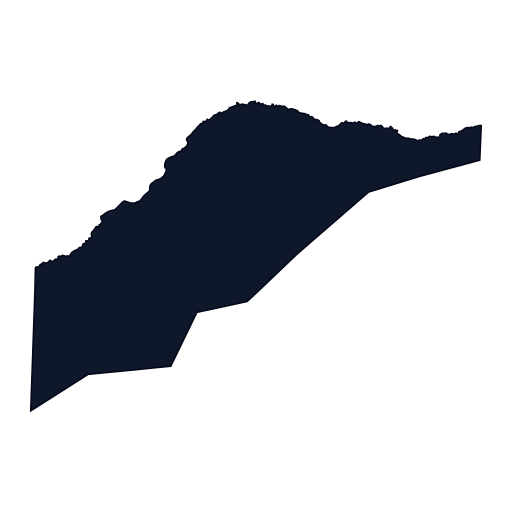 outline of El Cuy, Río Negro, Argentina
{"feature_id": "61730980B90515114322880", "entity_name": "El Cuy", "entity_type": "district", "adm_level": 2, "iso_a3": "ARG", "parent_name": "Argentina", "parent_adm1": "Río Negro", "projection": "albers", "projection_center": [-68.134, -39.816], "detail": "fine", "context": "isolated", "style": "filled", "palette": "ink", "viewbox_px": 512, "rotation_deg": 0, "n_neighbors": 0, "source": "geoboundaries", "source_scale": "gbopen_adm2", "svg_char_len": 6023}
<svg xmlns="http://www.w3.org/2000/svg" viewBox="0 0 512 512"><path d="M35.4,267.9L34.9,290.0L30.7,410.9L88.1,374.4L141.4,369.2L170.8,366.2L196.9,312.4L247.2,301.5L261.7,287.9L297.2,254.0L368.6,192.1L419.4,176.5L479.8,160.2L481.3,125.7L480.4,125.3L479.1,125.5L476.9,126.3L476.2,126.2L475.2,126.4L473.5,127.3L472.5,127.5L472.2,127.5L471.6,127.2L471.1,127.1L470.9,127.2L470.9,127.7L470.3,127.9L467.8,127.4L465.2,128.1L461.9,130.7L461.4,131.0L459.7,131.4L459.0,131.7L458.6,132.5L458.4,133.9L457.8,134.3L457.2,134.2L456.3,133.2L455.9,133.1L453.5,134.3L453.2,134.2L452.2,133.6L450.6,133.9L449.5,134.5L449.1,134.5L448.4,134.4L445.8,133.0L444.5,133.4L442.6,133.2L441.5,133.6L440.8,134.2L439.9,134.8L439.8,135.4L439.9,135.7L440.0,136.5L439.8,137.0L439.5,137.2L438.8,137.3L438.1,137.1L436.3,137.2L435.0,136.9L434.3,136.4L433.9,136.3L432.0,136.7L431.3,137.1L430.7,136.4L429.8,136.3L429.2,136.5L428.6,137.1L428.1,137.5L426.8,137.4L426.0,137.5L425.5,137.8L424.6,139.1L424.3,139.3L424.0,139.3L423.6,138.7L423.3,138.7L422.8,139.0L422.1,139.9L421.4,140.2L420.1,139.9L417.5,140.7L416.8,140.7L416.2,140.0L414.7,139.3L412.6,139.0L412.2,139.1L410.7,138.8L410.1,138.9L408.7,138.2L405.3,138.1L404.5,137.8L403.5,137.1L401.6,136.7L400.5,135.4L399.8,135.1L396.9,132.8L396.7,132.4L397.6,130.8L397.3,130.4L396.0,130.3L395.1,129.8L393.5,130.5L393.2,130.1L392.7,128.3L391.7,127.5L391.0,126.7L390.5,126.5L390.0,126.7L389.5,128.0L388.9,128.6L388.1,128.3L386.7,128.1L384.4,128.5L382.9,127.7L382.7,127.6L382.7,127.1L382.5,126.6L381.5,126.3L381.3,125.6L381.1,125.4L380.4,125.4L379.3,126.1L377.5,125.4L377.1,125.8L375.6,126.3L374.0,126.7L372.4,126.2L371.6,125.7L370.6,124.6L369.0,124.2L368.5,123.9L367.9,124.2L367.8,125.2L367.3,125.5L367.0,125.4L366.2,124.3L365.2,124.1L364.0,123.6L363.1,123.8L362.8,123.7L361.6,122.8L360.9,122.7L359.7,121.8L359.2,121.7L358.5,121.7L357.7,122.5L356.2,123.2L355.8,123.1L355.5,122.7L354.7,122.1L353.3,122.9L352.6,123.1L351.4,122.6L350.8,122.5L349.0,122.9L347.9,122.3L347.0,122.1L346.7,122.0L346.3,121.1L345.9,121.1L345.5,121.2L344.4,122.7L343.6,123.0L341.5,122.8L339.7,124.7L338.1,126.1L336.4,126.3L335.0,127.4L333.8,127.5L332.7,127.8L331.1,127.3L328.9,127.4L327.5,126.5L326.1,124.9L324.8,125.0L323.2,124.8L320.5,123.1L319.6,122.0L319.2,120.8L317.2,119.6L316.5,119.5L315.8,119.8L315.3,119.9L314.7,119.1L313.7,118.9L313.1,117.6L312.4,117.5L312.1,116.8L311.8,116.5L311.3,116.5L310.3,116.9L309.8,116.8L308.9,116.0L308.7,115.0L308.5,114.8L306.1,114.4L305.2,113.7L300.0,112.9L298.2,111.9L297.4,110.5L296.8,110.4L296.2,110.6L295.4,109.8L292.8,109.0L291.1,108.7L289.1,109.3L288.1,109.2L286.1,107.7L284.8,106.3L281.9,106.2L280.2,105.9L279.4,105.6L279.3,106.0L278.7,105.8L277.7,106.4L277.2,106.2L276.8,105.4L276.2,105.2L275.7,105.6L275.2,106.8L274.4,107.0L274.1,106.9L274.0,106.5L273.8,106.1L273.9,105.8L273.5,105.1L272.9,104.2L272.6,104.2L272.2,104.3L272.5,104.7L272.3,105.3L271.5,105.6L271.2,106.1L270.0,106.3L269.4,106.0L268.3,106.1L266.5,105.6L265.7,105.1L264.7,105.0L263.4,105.1L262.9,104.8L263.1,103.9L262.8,103.6L261.4,104.1L260.9,104.1L259.9,103.6L259.4,102.8L258.7,102.5L258.4,102.5L257.1,103.5L256.3,103.4L255.5,102.7L255.2,101.4L254.6,101.1L253.4,102.0L252.4,101.6L251.0,101.9L249.9,102.3L248.6,103.4L248.1,104.9L247.1,105.5L246.2,104.7L245.8,104.5L243.8,105.2L243.5,104.8L243.4,104.3L242.8,104.0L240.9,104.6L239.6,104.4L238.6,104.0L237.7,102.7L237.1,102.6L236.7,103.0L236.9,104.4L236.8,105.0L236.2,105.5L234.9,105.7L233.3,106.5L231.8,106.9L231.1,107.5L229.8,107.4L227.7,110.2L226.8,110.7L226.5,110.7L225.7,111.3L224.5,111.5L223.3,112.0L221.9,113.2L221.4,113.4L220.2,112.3L219.3,112.4L218.0,113.3L216.3,114.7L215.3,114.8L213.6,115.5L212.7,116.9L209.7,119.5L208.5,120.2L207.7,119.4L207.1,119.2L207.0,119.3L206.8,120.6L206.2,121.3L205.7,121.2L204.8,121.4L203.3,121.4L203.0,121.9L202.9,122.4L202.2,123.2L201.4,123.7L200.5,123.9L199.5,124.8L199.2,125.4L197.3,127.1L196.0,129.0L193.2,131.7L191.4,134.2L187.4,137.6L186.8,138.5L186.5,139.5L186.6,139.9L186.8,140.5L187.5,141.5L187.9,142.8L187.8,143.4L186.8,145.7L186.1,146.6L185.7,147.1L185.1,147.3L183.9,148.4L182.8,148.6L182.2,149.0L181.9,149.5L181.6,150.4L181.1,151.1L179.3,151.4L177.1,152.7L175.6,154.6L173.7,156.2L171.0,156.9L169.0,157.8L167.0,159.0L166.0,160.6L165.3,162.2L164.8,164.1L164.7,166.4L164.9,167.5L165.9,168.5L166.2,169.2L166.3,170.3L165.5,172.5L164.1,175.4L163.2,176.6L161.7,177.7L160.8,178.6L155.4,180.4L154.4,181.4L151.8,183.2L150.6,184.5L149.7,186.9L149.8,188.6L149.5,190.7L149.3,191.1L144.4,195.2L143.0,196.9L141.8,198.7L139.7,201.0L137.0,201.9L135.6,202.7L134.4,203.0L133.1,203.1L130.3,202.9L124.7,201.0L124.0,201.1L122.3,202.2L117.6,207.1L115.1,209.5L114.2,209.9L111.4,210.5L108.2,211.5L104.9,213.6L103.1,215.1L101.2,216.1L100.8,216.5L100.9,217.4L101.3,218.4L101.0,219.2L101.1,219.7L102.0,219.9L102.4,220.6L101.9,222.0L100.5,224.1L100.0,224.5L99.3,224.7L99.0,225.1L99.5,225.9L99.5,226.4L98.3,227.1L97.8,226.9L97.6,226.5L97.2,226.7L96.7,226.5L96.2,226.6L95.4,227.5L95.0,228.9L94.1,229.3L94.0,229.5L93.7,230.2L93.7,230.6L93.6,231.1L92.2,231.5L92.2,232.1L91.6,232.7L91.3,233.8L91.4,234.7L91.7,236.6L91.5,237.1L90.6,237.9L89.4,238.0L88.9,238.4L88.8,238.8L88.9,239.0L88.9,239.5L88.5,240.3L88.1,240.7L87.6,240.9L86.7,240.7L85.8,240.8L85.6,241.2L86.0,242.3L85.9,242.9L85.4,243.3L83.8,243.5L83.2,244.0L82.7,244.8L83.0,245.7L82.9,246.0L82.2,246.2L81.8,247.1L81.2,247.6L80.1,247.4L79.8,247.6L79.1,247.6L78.7,248.5L77.4,249.5L76.8,249.5L75.9,250.3L74.3,250.5L73.5,251.6L72.5,251.9L71.5,252.8L71.1,253.3L70.8,254.5L69.9,255.1L69.8,256.1L69.4,256.3L69.0,256.3L67.6,255.8L65.8,256.3L62.6,255.3L62.1,255.4L61.8,256.1L60.7,256.2L60.5,256.4L59.0,256.1L58.5,256.4L58.1,256.9L58.0,257.9L57.2,259.2L56.8,259.3L55.6,259.2L55.2,259.3L53.6,260.9L52.8,261.5L52.0,261.5L51.3,261.2L50.8,260.5L50.4,260.3L49.7,260.4L49.0,261.4L48.3,262.2L47.0,262.8L45.2,263.0L43.9,262.9L43.6,262.4L43.4,262.3L43.1,262.4L41.6,264.1L40.4,264.4L39.8,265.0L39.4,266.0L38.1,267.0L37.7,267.1L36.8,266.8L36.2,267.0L35.8,267.4L36.0,267.8L35.4,267.9Z" fill="#0f172a" stroke="#020617" stroke-width="1.5"/></svg>